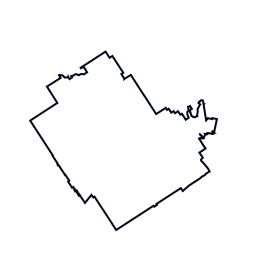 Swan, Western Australia, Australia (Albers equal-area conic projection), rotated 237°
{"feature_id": "25037944B80977400134390", "entity_name": "Swan", "entity_type": "district", "adm_level": 2, "iso_a3": "AUS", "parent_name": "Australia", "parent_adm1": "Western Australia", "projection": "albers", "projection_center": [116.002, -31.77], "detail": "fine", "context": "isolated", "style": "outline", "palette": "ink", "viewbox_px": 256, "rotation_deg": 237, "n_neighbors": 0, "source": "geoboundaries", "source_scale": "gbopen_adm2", "svg_char_len": 4961}
<svg xmlns="http://www.w3.org/2000/svg" viewBox="0 0 256 256"><g transform="rotate(237 128 128)"><path d="M78.7,184.9L78.7,185.0L79.1,185.0L79.4,185.2L79.5,185.3L80.0,185.2L80.3,185.3L80.7,185.3L81.2,185.3L81.8,185.2L82.1,185.1L82.4,185.0L82.7,184.9L83.2,184.8L83.6,184.7L83.9,184.7L84.0,184.7L84.3,184.6L84.1,184.8L83.9,184.9L83.7,184.9L83.3,185.0L82.8,185.2L82.6,185.2L82.3,185.3L81.9,185.4L81.3,185.6L81.2,185.6L80.9,185.6L80.6,185.5L80.0,185.6L79.6,185.5L79.0,185.3L78.7,185.2L78.4,185.2L78.4,185.3L78.2,185.7L78.2,185.8L78.2,186.3L78.3,186.4L78.4,186.6L78.7,186.6L78.9,186.7L79.3,187.1L79.5,187.5L79.7,187.8L79.8,188.0L79.9,188.4L80.0,188.5L80.1,188.8L80.1,189.0L80.2,189.3L80.3,189.4L80.5,189.4L80.9,189.4L80.8,189.5L80.6,189.5L80.3,189.5L80.2,189.5L80.1,189.9L80.0,190.1L79.9,190.3L79.8,190.7L79.7,190.9L79.7,191.1L79.7,191.3L79.7,191.5L79.8,191.6L79.8,191.8L79.9,192.3L80.0,192.3L80.2,192.1L80.2,191.8L80.2,191.6L80.2,191.4L80.1,191.1L80.1,190.8L80.2,190.7L80.4,190.8L80.5,190.8L80.5,191.0L80.6,191.3L80.5,191.5L80.5,191.8L80.4,192.0L80.2,192.2L80.1,192.3L79.9,192.6L79.3,193.3L79.0,193.7L78.8,193.9L78.6,194.2L77.8,194.7L77.6,194.8L77.3,195.1L77.1,195.5L76.9,196.0L76.7,196.3L76.6,196.5L76.8,196.6L77.1,196.5L77.5,196.9L78.2,196.7L78.2,196.8L77.9,197.2L77.7,197.4L78.1,197.3L79.1,196.9L79.2,197.3L79.0,197.5L78.1,198.5L87.1,207.4L90.3,204.2L89.6,203.5L92.7,200.4L92.3,200.0L92.3,199.8L92.2,199.3L91.9,197.7L92.8,198.2L93.0,198.2L101.4,201.9L101.6,202.0L102.1,202.3L102.8,202.6L103.9,203.0L104.4,203.3L105.8,203.9L106.8,204.4L106.8,204.5L106.9,204.4L110.2,205.8L111.1,205.1L111.3,204.9L111.4,204.6L111.4,204.4L111.3,203.7L111.3,202.6L111.1,202.5L111.2,202.3L111.3,202.3L111.3,202.2L111.2,201.7L110.9,201.1L110.6,200.9L110.4,200.7L110.1,200.8L109.3,201.2L109.0,201.2L108.8,201.2L108.5,201.0L108.4,201.1L108.3,200.8L107.5,199.5L107.1,198.8L107.0,198.6L106.7,198.2L106.5,197.7L106.2,197.1L106.0,196.8L105.8,196.6L105.5,196.4L105.2,196.2L104.2,195.7L103.7,195.4L103.4,195.1L102.0,193.7L101.4,193.2L101.2,193.1L101.0,192.9L100.8,192.5L100.2,192.4L100.5,191.5L100.6,191.1L100.6,190.9L100.6,189.7L101.0,189.5L102.0,188.5L102.6,188.6L103.0,188.2L103.5,187.8L107.8,189.1L107.8,188.9L108.0,189.0L108.0,188.9L109.3,189.3L109.3,192.0L112.7,192.0L112.7,191.8L112.6,190.8L112.6,190.7L113.1,189.9L112.8,189.8L109.3,188.3L109.3,188.1L109.3,186.7L108.5,186.1L107.8,185.5L107.6,185.4L107.4,185.3L105.7,184.9L103.5,184.4L103.5,182.5L103.6,182.4L103.5,180.9L104.6,180.9L105.3,181.0L105.5,181.0L106.4,181.0L109.8,181.0L110.6,181.0L110.6,179.1L114.8,179.1L114.8,175.4L116.2,175.4L116.4,175.4L116.8,175.4L117.3,175.4L117.3,172.6L120.6,172.6L121.9,172.6L121.9,170.6L124.3,170.6L124.4,159.2L147.0,159.3L147.0,159.2L151.7,159.2L155.0,159.2L171.0,159.3L171.0,159.2L171.1,153.3L171.1,151.7L171.2,151.8L174.4,151.8L176.9,151.8L176.9,153.9L176.9,154.1L181.7,154.1L196.9,154.1L196.9,150.8L204.3,150.8L204.3,143.7L204.3,142.1L204.3,140.9L204.3,130.9L204.3,121.1L203.7,121.1L203.6,124.1L197.0,124.0L197.0,120.3L197.3,120.0L197.5,119.8L198.7,118.2L198.8,118.0L198.9,117.6L199.0,117.3L199.0,116.1L199.0,115.8L199.1,115.4L199.4,115.4L200.0,114.8L200.3,114.7L201.3,114.0L201.6,113.5L201.7,112.1L201.7,111.1L201.9,110.2L202.6,108.7L202.4,108.5L200.8,108.5L200.8,105.6L201.5,105.6L202.5,105.6L203.3,105.7L203.2,105.6L203.3,105.3L203.6,104.6L204.3,103.2L204.6,102.9L204.9,102.3L207.2,102.0L207.8,101.6L208.2,101.3L208.5,101.0L208.8,100.6L209.2,99.9L209.6,99.3L209.9,99.3L210.7,98.9L206.7,98.8L206.9,82.6L187.5,82.4L187.5,81.7L187.5,72.5L187.5,72.0L187.5,50.0L181.0,50.0L180.8,49.9L180.1,50.0L153.3,50.0L145.9,50.0L145.9,49.6L137.0,49.6L136.3,49.5L136.3,49.4L135.7,49.4L135.4,49.4L135.5,49.0L134.5,48.9L134.4,49.6L122.7,49.6L122.7,50.0L115.7,50.0L115.7,48.6L108.3,48.6L108.3,50.0L105.4,50.0L105.4,49.3L103.8,49.2L103.7,50.9L101.6,50.9L101.7,50.0L98.1,50.0L98.7,51.0L88.6,51.1L91.8,60.9L88.7,61.0L88.7,62.5L78.5,62.5L57.3,62.6L51.1,62.5L48.9,62.5L48.9,77.8L48.9,107.2L47.7,107.2L47.7,110.5L48.8,110.5L48.8,139.6L45.9,139.6L45.7,139.6L45.3,139.6L46.4,147.0L46.5,147.7L46.5,149.9L46.5,151.3L46.5,152.5L46.5,160.1L46.5,160.8L46.9,163.4L46.9,163.8L46.9,164.4L46.7,165.8L46.7,166.4L46.7,166.9L47.1,168.3L47.1,168.6L47.2,168.9L47.2,171.4L47.2,171.7L47.2,171.9L47.0,172.7L47.8,172.8L48.1,172.8L48.8,172.9L49.9,173.0L51.5,172.9L54.2,172.6L55.7,172.4L56.7,172.3L57.6,172.1L58.0,172.1L59.2,171.8L60.5,171.6L60.9,171.6L61.2,171.7L61.5,171.9L61.8,172.2L61.9,172.4L62.0,172.9L62.3,174.6L62.5,174.6L62.9,174.5L64.4,174.5L64.6,174.6L65.1,174.5L65.1,174.4L65.1,174.5L67.0,174.5L67.3,174.4L67.4,174.5L67.6,174.5L68.5,174.5L68.5,176.3L68.5,176.9L68.5,177.0L68.5,177.3L68.4,177.5L68.5,177.7L68.5,177.8L68.5,179.2L68.6,179.4L68.5,181.7L68.8,181.8L69.0,182.0L69.3,181.8L69.5,181.8L72.8,181.8L72.8,181.7L74.1,181.7L75.1,181.8L80.5,181.8L80.5,182.3L80.3,182.6L80.1,183.0L80.2,183.3L79.9,183.6L79.4,184.1L79.2,184.3L79.0,184.6L78.9,184.6L78.8,184.8L78.7,184.9Z" fill="none" stroke="#020617" stroke-width="2"/></g></svg>